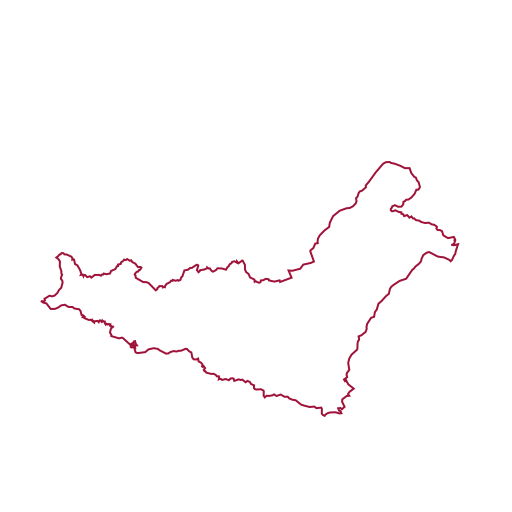 PUI, Hunedoara, Romania (Mercator projection), rotated 214°
{"feature_id": "2599482B55775977507449", "entity_name": "PUI", "entity_type": "district", "adm_level": 2, "iso_a3": "ROU", "parent_name": "Romania", "parent_adm1": "Hunedoara", "projection": "mercator", "projection_center": [23.151, 45.49], "detail": "fine", "context": "isolated", "style": "outline", "palette": "rose", "viewbox_px": 512, "rotation_deg": 214, "n_neighbors": 0, "source": "geoboundaries", "source_scale": "gbopen_adm2", "svg_char_len": 6131}
<svg xmlns="http://www.w3.org/2000/svg" viewBox="0 0 512 512"><g transform="rotate(214 256 256)"><path d="M109.7,161.9L109.7,163.4L108.8,165.6L107.2,167.6L102.9,170.8L98.7,172.2L97.3,173.4L99.3,174.7L100.5,174.2L102.7,175.7L101.0,177.2L99.1,177.0L98.2,180.5L103.1,183.3L104.3,185.4L102.6,190.5L100.6,192.3L102.3,192.8L102.6,193.5L102.5,195.8L100.8,200.7L107.7,201.2L111.8,203.4L112.2,202.0L114.0,202.8L112.7,206.5L114.6,208.3L115.2,210.0L115.0,213.8L119.8,218.9L121.4,223.4L121.6,227.8L119.9,234.5L120.0,235.7L122.7,239.9L123.8,242.3L123.6,243.6L124.2,245.0L126.0,246.7L124.3,249.2L122.7,254.3L123.5,257.5L124.8,259.1L125.9,262.0L126.0,269.1L124.1,271.7L125.8,275.3L126.1,276.6L125.9,278.9L127.8,285.0L126.8,288.5L125.8,295.4L124.7,299.0L126.5,303.4L126.7,305.7L126.0,308.4L123.0,315.7L118.8,321.1L118.7,332.0L118.1,333.5L117.9,336.5L116.5,340.9L116.3,344.2L117.2,346.2L117.8,350.3L116.4,354.1L114.7,356.1L104.9,357.2L99.3,360.0L93.3,360.9L91.7,360.5L91.3,362.4L92.1,367.3L91.9,368.9L93.1,371.8L95.1,378.8L97.7,375.8L100.2,374.4L98.6,376.7L99.4,379.8L100.0,380.0L99.6,380.4L100.1,381.1L102.7,382.4L106.8,378.2L111.2,377.9L112.5,378.0L115.6,380.6L117.8,380.4L120.1,379.1L121.9,379.7L122.2,381.2L122.6,381.5L125.8,381.5L128.0,380.5L131.3,380.3L134.1,378.0L138.2,376.5L140.1,376.7L143.5,375.2L146.0,375.6L146.8,374.9L149.3,375.7L150.2,373.6L153.5,374.5L155.5,371.9L157.1,372.9L159.0,372.3L159.9,373.5L162.5,372.3L166.1,371.8L167.2,370.0L168.4,369.1L169.8,369.3L170.6,370.5L170.4,371.9L170.8,373.4L169.3,375.8L165.7,376.3L163.0,378.3L162.8,381.2L164.1,383.4L163.2,384.8L163.0,386.6L161.2,388.0L159.9,391.4L159.3,396.2L160.1,400.7L158.5,401.8L158.5,403.8L158.7,404.9L162.6,408.2L164.9,408.7L167.3,410.4L169.0,410.1L173.6,411.6L177.8,414.7L181.7,412.1L186.7,411.5L192.5,410.1L196.2,408.6L197.7,408.7L200.8,406.4L202.2,403.6L203.5,392.4L203.9,380.7L204.5,375.8L203.3,374.4L204.7,369.3L205.9,367.9L206.2,366.0L205.0,361.8L205.4,359.9L203.3,357.6L202.7,355.4L203.4,351.5L205.0,348.4L207.8,346.0L211.9,340.4L214.4,332.1L213.4,324.9L211.6,321.0L213.5,315.5L214.7,308.8L214.4,305.3L213.2,302.6L212.0,301.2L213.8,299.4L212.9,294.6L213.9,291.4L213.8,290.4L204.9,283.8L206.6,281.0L212.0,275.3L212.2,270.2L217.6,264.1L220.9,262.2L214.4,257.9L221.5,248.0L222.8,249.0L226.4,245.1L231.6,243.0L232.5,243.8L235.2,242.5L236.4,240.0L238.3,238.5L237.7,236.9L238.0,236.0L239.1,235.3L242.2,234.9L242.7,233.9L244.2,235.6L248.9,234.9L252.2,237.0L255.1,237.1L257.5,238.6L260.3,242.5L264.5,244.7L264.9,244.5L266.5,240.1L268.8,240.9L268.3,239.8L270.9,239.6L272.5,237.7L272.3,236.3L273.2,234.5L272.9,231.9L273.4,230.9L273.2,227.9L277.3,226.6L280.6,224.6L281.2,223.9L281.2,222.4L281.9,220.7L283.0,218.9L284.8,218.9L287.3,219.9L288.4,219.1L290.0,219.2L289.6,218.6L291.3,215.9L294.4,213.0L294.2,211.9L294.6,210.4L297.1,211.3L298.5,215.8L299.5,216.0L300.4,215.4L302.5,210.3L304.0,209.1L304.7,206.6L307.3,204.0L305.7,198.2L306.0,196.1L305.3,193.9L306.4,192.2L307.4,192.3L308.7,190.6L311.5,189.7L311.3,188.8L312.6,188.1L312.6,186.3L314.5,182.9L314.6,180.1L314.1,179.2L315.7,178.6L315.7,178.0L316.9,178.6L319.3,177.0L319.3,175.6L319.8,174.4L319.3,173.2L319.9,171.5L329.6,173.5L331.9,173.2L335.0,171.3L343.5,170.7L345.1,172.5L346.2,172.8L346.4,173.7L346.1,176.1L344.9,177.3L345.2,178.8L344.4,179.7L344.5,182.3L345.8,182.2L347.7,180.8L351.8,182.2L355.3,181.8L357.1,182.7L357.9,181.5L361.1,181.4L361.7,179.8L363.3,179.3L363.4,177.5L364.3,175.3L363.7,173.8L365.6,171.8L364.7,170.6L365.6,169.6L365.3,166.5L367.8,162.5L367.2,159.9L369.9,157.2L372.4,156.3L372.3,155.3L373.3,154.5L373.5,153.0L375.5,152.6L379.1,150.1L380.4,146.0L382.4,146.3L384.1,144.1L387.2,144.7L387.9,143.9L387.7,142.7L389.2,143.7L390.6,142.4L390.7,143.5L393.9,145.9L398.9,148.4L401.4,148.1L404.9,151.3L405.5,151.2L406.2,150.2L407.1,151.5L408.6,152.2L413.7,151.4L415.8,150.2L417.1,150.6L418.4,150.1L418.9,149.5L418.9,148.2L419.7,147.4L419.9,145.2L420.7,143.1L417.9,142.9L415.5,141.8L412.8,137.6L408.7,134.4L407.7,132.8L406.3,132.1L405.7,129.4L404.9,127.9L402.9,127.3L401.5,125.9L399.7,120.8L400.3,117.8L400.0,114.4L400.8,110.6L402.5,108.5L405.0,107.6L407.4,102.2L406.1,101.2L406.4,99.7L409.1,98.4L406.3,98.4L403.3,99.5L396.6,97.3L393.0,99.8L391.0,103.0L389.9,106.1L387.2,108.7L383.0,108.9L379.6,111.1L377.2,110.9L373.0,112.9L370.7,112.3L367.7,109.6L366.4,109.9L365.6,108.4L365.0,109.0L365.5,110.0L364.1,109.8L364.4,108.9L363.6,108.5L358.8,109.5L356.3,111.5L355.9,110.7L354.8,111.1L354.6,109.7L354.2,110.8L352.9,110.4L353.1,111.1L352.8,112.1L351.0,113.6L349.4,113.2L349.6,115.2L348.9,115.6L347.8,115.3L347.6,116.2L346.8,115.3L345.9,116.8L345.0,116.6L344.6,117.0L343.7,115.7L342.2,115.1L342.1,116.2L340.5,116.3L340.4,117.0L338.6,118.0L338.0,116.6L336.9,117.0L336.5,116.4L335.7,116.4L334.6,118.3L335.5,115.7L335.5,114.2L334.2,110.8L331.9,109.8L331.2,108.7L323.5,111.1L321.7,113.2L320.7,113.6L311.1,112.2L309.6,111.7L309.0,110.5L308.0,110.6L307.5,110.9L307.2,112.6L307.9,114.2L309.2,112.8L310.2,113.7L309.2,115.4L309.5,116.8L308.7,117.8L306.8,116.1L304.7,115.3L305.9,114.3L305.4,112.6L304.6,112.0L305.3,111.5L302.0,108.8L300.0,109.2L294.1,114.3L292.9,118.5L289.2,122.4L285.4,124.1L283.2,123.9L275.9,124.8L274.3,126.1L273.2,128.6L271.2,131.0L268.2,132.6L267.2,134.1L265.2,135.5L262.4,139.8L261.3,140.3L258.1,139.6L255.7,139.9L251.9,136.1L250.0,135.5L247.7,136.7L246.6,138.6L244.7,136.5L242.2,136.8L240.0,136.3L239.4,135.8L239.0,134.3L238.2,134.2L237.7,135.4L235.5,134.6L235.7,132.5L234.4,131.7L233.6,132.2L232.0,131.5L227.2,133.2L225.1,134.7L222.9,134.9L221.1,134.3L219.6,135.5L218.8,134.9L217.9,133.0L217.4,133.9L216.0,134.5L214.8,134.3L212.4,137.0L209.0,137.9L208.6,140.2L207.1,141.5L206.0,141.8L204.2,140.3L201.3,144.1L199.4,144.6L198.2,145.9L194.0,145.5L193.2,147.7L190.5,148.1L188.6,147.1L185.2,147.7L184.0,145.5L182.8,145.0L181.2,145.4L177.4,148.3L174.7,148.6L174.0,148.3L171.6,144.5L169.7,143.7L169.1,146.0L166.9,147.3L164.3,149.9L163.6,151.4L160.7,151.4L158.1,154.9L153.5,155.3L151.0,157.1L148.9,156.5L145.4,157.2L142.5,158.6L135.7,158.0L132.7,158.8L127.1,160.8L123.4,163.8L120.9,163.6L117.1,166.8L115.9,166.1L113.3,162.1L111.7,161.6L109.7,161.9Z" fill="none" stroke="#9f1239" stroke-width="2"/></g></svg>